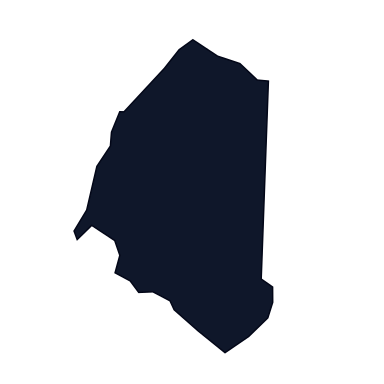 the district of Treutlen, Georgia, United States of America, rotated 284°
{"feature_id": "52423323B24374118756393", "entity_name": "Treutlen", "entity_type": "district", "adm_level": 2, "iso_a3": "USA", "parent_name": "United States of America", "parent_adm1": "Georgia", "projection": "robinson", "projection_center": [-82.588, 32.403], "detail": "fine", "context": "isolated", "style": "filled", "palette": "ink", "viewbox_px": 384, "rotation_deg": 284, "n_neighbors": 0, "source": "geoboundaries", "source_scale": "gbopen_adm2", "svg_char_len": 551}
<svg xmlns="http://www.w3.org/2000/svg" viewBox="0 0 384 384"><g transform="rotate(284 192 192)"><path d="M125.6,87.0L118.1,92.1L135.4,102.8L126.2,128.8L113.1,137.3L95.0,136.9L90.8,153.5L81.7,164.6L85.7,178.2L81.1,197.0L73.4,203.2L58.7,231.6L44.1,262.9L65.6,282.0L88.2,296.0L104.5,297.0L119.3,293.2L124.3,280.2L318.1,239.3L318.1,239.2L316.4,228.3L328.2,207.4L330.0,183.9L339.9,156.0L327.0,145.1L305.1,135.2L253.3,106.6L252.4,102.5L230.6,99.4L216.9,101.7L193.9,93.5L149.0,94.2L125.6,87.0Z" fill="#0f172a" stroke="#020617" stroke-width="1.5"/></g></svg>